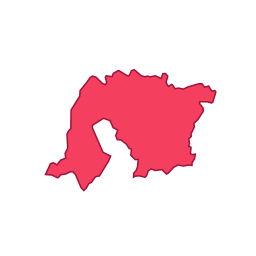 outline of Warwickshire, rotated 243°
{"feature_id": "GBR-2750", "entity_name": "Warwickshire", "entity_type": "Administrative County", "adm_level": 1, "iso_a3": "GBR", "parent_name": "United Kingdom", "parent_adm1": "", "projection": "mercator", "projection_center": [-1.585, 52.316], "detail": "fine", "context": "isolated", "style": "filled", "palette": "rose", "viewbox_px": 256, "rotation_deg": 243, "n_neighbors": 0, "source": "natural_earth", "source_scale": "10m", "svg_char_len": 1679}
<svg xmlns="http://www.w3.org/2000/svg" viewBox="0 0 256 256"><g transform="rotate(243 128 128)"><path d="M111.6,203.9L108.8,202.8L103.7,193.9L102.2,188.8L98.8,187.6L95.5,183.3L94.6,181.7L91.7,180.5L90.8,177.2L86.7,176.0L84.1,173.8L82.2,175.4L76.7,171.9L75.1,173.3L74.2,176.1L70.5,173.5L67.9,169.3L65.6,168.0L67.5,165.0L69.0,160.0L72.3,156.0L72.2,150.7L69.5,143.4L69.5,141.4L75.5,139.3L77.8,132.9L81.1,130.0L80.5,126.5L76.9,122.6L76.4,120.8L80.3,116.2L81.8,112.6L81.6,110.6L83.1,111.4L85.1,112.5L86.4,115.9L89.2,118.9L95.3,122.8L96.5,120.1L102.4,118.1L107.5,121.4L109.3,119.7L114.4,119.2L120.5,116.3L122.5,113.1L126.7,113.6L130.9,117.9L135.0,114.9L142.8,115.3L147.7,110.6L146.7,98.6L146.0,97.1L144.0,96.3L117.7,94.7L110.9,99.8L107.5,95.9L98.2,80.7L99.4,77.0L96.2,70.8L96.2,67.8L93.3,63.5L92.3,60.2L96.2,59.1L110.3,60.1L113.8,59.0L115.2,56.8L115.3,51.6L116.9,46.8L115.5,43.6L115.8,42.4L120.6,38.9L124.0,33.4L131.4,42.7L130.9,45.8L127.4,48.0L130.0,53.5L129.4,58.8L133.9,60.4L137.6,65.2L150.1,70.8L152.1,73.2L153.5,76.8L169.9,85.5L178.3,99.5L183.0,102.2L187.0,111.2L190.1,117.1L190.4,120.0L187.9,122.5L179.5,125.4L176.9,127.4L178.2,129.7L183.6,130.9L184.4,132.2L181.0,137.2L183.4,139.8L183.6,145.7L174.3,151.5L174.4,153.3L177.6,157.2L177.1,160.0L168.3,163.7L166.0,166.4L165.4,168.8L163.4,171.2L162.2,175.9L157.0,180.1L160.6,183.7L159.6,186.1L156.1,187.0L151.6,182.8L148.6,182.5L146.8,182.9L147.0,186.7L146.3,187.2L141.6,187.8L140.8,190.9L137.5,195.1L137.4,200.3L135.2,211.3L133.9,213.9L129.5,214.9L128.8,218.9L123.0,219.4L121.8,222.4L120.1,222.6L112.4,215.1L112.4,213.7L115.3,210.6L118.8,204.0L117.4,202.9L111.6,203.9Z" fill="#f43f5e" stroke="#9f1239" stroke-width="1.5"/></g></svg>